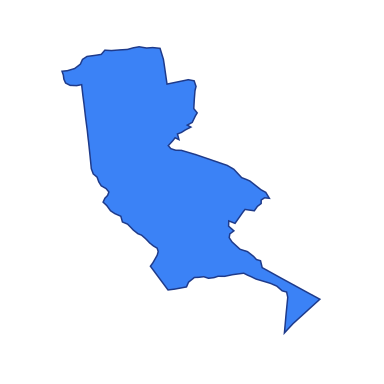 outline of Bom Jardim, Pernambuco, Brazil, rotated 81°
{"feature_id": "56859067B47522840636001", "entity_name": "Bom Jardim", "entity_type": "district", "adm_level": 2, "iso_a3": "BRA", "parent_name": "Brazil", "parent_adm1": "Pernambuco", "projection": "equal_earth", "projection_center": [-35.571, -7.77], "detail": "fine", "context": "isolated", "style": "filled", "palette": "blue", "viewbox_px": 384, "rotation_deg": 81, "n_neighbors": 0, "source": "geoboundaries", "source_scale": "gbopen_adm2", "svg_char_len": 1912}
<svg xmlns="http://www.w3.org/2000/svg" viewBox="0 0 384 384"><g transform="rotate(81 192 192)"><path d="M345.7,122.8L342.2,118.4L337.8,112.8L317.9,82.5L310.4,92.3L289.8,119.0L281.5,129.6L277.7,134.5L270.6,135.1L268.8,138.9L265.2,141.3L259.6,146.5L256.1,153.5L247.4,160.4L242.9,162.4L239.3,161.2L236.9,156.7L231.5,161.2L226.3,160.2L229.7,154.4L220.3,145.3L217.5,142.4L220.3,133.4L216.4,129.6L214.2,125.5L210.7,124.9L209.1,121.2L210.3,116.6L203.9,119.2L200.6,123.5L190.2,133.1L188.2,136.2L185.6,140.7L176.1,147.1L171.2,153.1L168.8,157.7L155.9,182.0L149.2,196.0L148.2,201.6L145.9,206.1L142.5,208.2L138.3,202.9L135.8,200.2L138.2,196.7L132.4,197.3L131.5,193.1L129.6,188.7L127.7,183.0L125.2,186.2L123.3,180.9L117.3,176.7L114.7,174.5L109.9,177.2L100.7,175.2L92.4,173.2L88.4,171.5L82.5,172.5L80.5,178.1L81.5,199.8L61.0,199.5L56.4,199.5L45.1,201.1L43.2,208.2L42.7,214.3L40.3,221.5L40.4,227.4L41.1,233.4L40.4,240.7L39.7,249.5L38.3,255.9L41.9,260.1L41.9,265.4L41.7,274.5L43.9,279.4L48.3,282.3L51.7,288.6L52.7,296.0L52.4,301.5L56.4,300.8L60.5,300.9L64.6,299.8L67.6,295.7L68.9,289.3L68.7,284.2L80.0,284.7L88.1,284.9L102.7,285.5L114.9,285.8L122.6,286.2L126.0,286.3L141.3,287.1L153.2,287.8L158.7,286.7L162.5,283.4L167.4,282.5L171.7,280.7L175.2,276.3L179.0,274.1L182.2,275.9L184.5,279.0L188.1,281.4L192.1,278.3L197.8,275.4L201.2,271.7L204.8,266.1L210.7,265.4L213.7,260.6L217.2,258.1L220.3,256.0L224.7,252.0L226.7,248.6L230.4,245.5L233.0,243.6L235.7,241.8L239.3,238.5L242.0,235.2L245.5,234.7L248.9,236.2L252.3,238.9L255.8,241.7L258.8,244.7L267.8,240.0L285.0,231.0L285.2,224.5L284.9,212.3L280.5,209.5L276.8,203.0L277.3,198.9L277.5,193.6L279.8,189.2L280.0,183.6L279.3,179.4L280.4,173.0L280.0,164.9L280.1,160.2L280.3,153.6L282.9,150.0L284.9,146.8L288.0,142.4L291.6,134.8L294.4,129.0L298.2,123.0L303.7,118.4L305.6,114.2L311.0,113.9L327.8,118.3L336.6,120.5L345.7,122.8Z" fill="#3b82f6" stroke="#1e3a8a" stroke-width="1.5"/></g></svg>